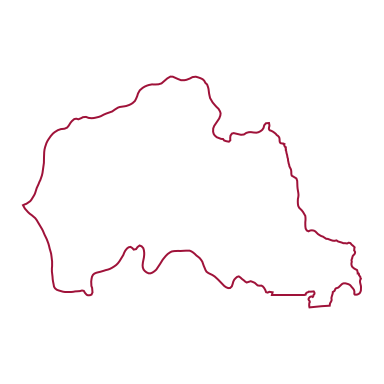 the district of Caapiranga, Amazonas, Brazil
{"feature_id": "56859067B97968343077652", "entity_name": "Caapiranga", "entity_type": "district", "adm_level": 2, "iso_a3": "BRA", "parent_name": "Brazil", "parent_adm1": "Amazonas", "projection": "natural_earth1", "projection_center": [-61.698, -3.056], "detail": "fine", "context": "isolated", "style": "outline", "palette": "rose", "viewbox_px": 384, "rotation_deg": 0, "n_neighbors": 0, "source": "geoboundaries", "source_scale": "gbopen_adm2", "svg_char_len": 5992}
<svg xmlns="http://www.w3.org/2000/svg" viewBox="0 0 384 384"><path d="M309.5,307.4L321.6,306.2L329.7,305.7L330.0,303.5L330.5,302.5L331.1,301.6L331.6,300.2L331.6,299.3L331.4,298.1L331.6,297.1L332.7,293.4L332.8,292.0L333.8,291.4L334.4,291.0L335.0,289.9L335.3,289.0L336.0,288.3L338.0,287.7L338.6,287.3L341.6,284.4L342.4,283.8L343.4,283.4L344.2,283.3L345.3,283.3L347.9,284.0L349.1,284.5L349.8,284.9L350.5,285.5L351.6,286.9L353.1,288.6L354.0,290.0L354.4,291.6L354.3,293.9L354.8,294.6L356.0,294.7L356.9,294.6L357.6,294.4L358.7,293.9L359.5,293.3L360.0,292.7L360.6,291.4L360.9,290.4L361.0,287.1L360.9,285.9L360.1,282.6L360.0,281.2L360.2,280.0L360.9,278.7L360.4,278.0L360.4,277.1L359.7,276.0L359.1,275.4L359.0,274.1L358.5,273.4L357.7,273.5L357.6,272.2L357.1,270.1L356.2,269.6L355.4,269.2L354.3,268.6L352.6,267.2L352.1,266.6L351.7,265.7L351.5,264.9L351.4,263.8L351.5,262.9L351.8,261.8L351.5,260.5L351.7,259.3L352.1,258.6L352.2,257.8L352.8,255.9L353.6,255.0L354.3,254.4L354.9,253.3L355.1,252.1L354.7,251.2L354.1,250.3L354.3,249.4L354.3,248.5L354.6,247.3L353.1,245.8L351.6,244.6L350.4,243.1L348.7,242.7L347.1,243.5L345.2,243.2L343.3,243.2L341.6,242.5L338.1,241.5L336.5,240.4L334.7,240.8L332.9,240.7L331.2,240.2L327.8,238.9L326.2,238.8L322.9,236.6L321.3,236.1L319.7,235.2L318.0,234.1L315.3,231.4L313.8,230.6L311.9,230.3L310.2,230.5L308.5,231.3L306.8,230.5L305.7,228.7L305.4,226.7L305.3,224.7L305.3,222.2L305.5,220.1L305.5,218.0L305.3,215.9L303.1,212.1L301.8,210.4L299.1,207.7L298.2,205.8L297.9,203.8L297.8,201.4L297.9,199.0L298.3,197.0L298.5,195.0L298.3,192.9L297.6,188.6L297.4,186.4L297.2,180.9L296.4,178.5L295.4,177.8L294.4,177.3L293.6,176.7L292.6,176.2L291.8,175.7L291.5,174.9L291.3,173.4L291.3,171.8L291.1,170.1L290.9,169.4L290.6,168.7L289.8,167.2L289.3,166.0L289.2,165.0L288.6,163.2L288.5,162.4L288.1,160.7L287.9,158.6L287.5,157.5L287.1,155.1L286.5,153.0L286.2,151.1L285.8,150.4L286.0,149.5L285.6,148.9L285.9,148.0L285.7,147.1L285.0,146.9L284.6,146.3L284.3,145.1L283.8,144.5L284.3,144.0L283.6,143.6L281.0,143.3L280.4,143.0L279.8,142.0L279.6,140.9L279.6,139.8L279.5,138.7L279.2,137.4L278.6,136.6L277.9,135.8L277.2,135.4L276.5,134.8L276.1,134.2L275.4,133.5L274.6,132.9L273.3,131.9L272.4,131.4L271.7,131.0L271.0,130.7L270.1,130.5L269.2,129.7L268.9,128.8L269.0,127.8L269.1,127.0L269.4,126.1L269.4,125.2L269.0,123.0L265.9,123.3L264.2,125.3L263.6,127.8L262.3,129.8L260.5,131.2L258.5,132.2L256.4,132.7L253.6,132.5L250.8,132.1L248.8,132.2L246.3,132.9L243.9,134.5L241.0,134.8L233.7,133.1L231.9,133.6L230.5,135.6L230.2,137.9L230.3,140.3L228.9,141.7L226.3,141.2L224.2,140.5L223.0,139.0L221.1,138.9L216.7,137.2L214.7,135.4L213.7,133.9L213.1,131.7L213.2,128.5L214.2,125.9L219.2,118.5L220.3,115.6L220.6,113.3L220.0,111.4L218.5,108.8L216.4,106.8L214.7,104.9L212.6,102.4L210.1,98.1L209.5,95.5L209.1,93.6L208.5,88.9L208.0,87.0L207.1,84.5L205.4,82.9L204.2,80.7L202.6,79.2L200.5,78.2L198.2,77.4L195.8,76.7L192.5,77.1L189.9,78.5L186.5,79.8L184.4,80.2L181.0,80.2L177.7,78.9L172.8,76.7L170.4,76.6L167.3,78.4L161.5,83.4L158.5,84.3L155.0,84.5L151.9,84.4L148.9,85.0L147.0,85.6L144.7,86.6L142.6,87.9L139.8,90.3L138.0,93.5L137.2,96.1L136.1,98.7L134.9,101.0L132.6,103.1L130.8,104.2L129.1,105.0L126.2,106.0L124.5,106.3L119.7,107.0L118.0,107.6L115.1,109.4L112.1,111.5L106.4,113.5L103.8,114.6L100.8,116.2L98.8,116.9L95.0,117.8L93.2,118.1L91.5,118.2L88.6,117.9L86.0,116.9L82.9,117.2L81.3,118.1L78.4,119.3L76.2,118.7L74.2,119.1L71.8,121.2L70.5,122.8L68.7,125.7L67.1,127.6L64.6,128.7L62.9,128.9L60.9,129.1L57.8,130.2L54.6,132.2L52.9,133.6L50.8,136.0L48.5,139.3L47.4,141.1L46.4,143.2L45.1,147.1L44.5,149.6L44.2,152.1L44.0,157.3L43.9,162.9L42.5,172.9L41.9,175.5L40.3,180.1L39.4,181.9L38.5,184.2L36.7,188.1L35.3,192.6L34.6,194.4L33.5,196.3L31.4,199.7L30.2,201.2L26.4,203.8L24.7,204.4L23.0,205.2L24.9,208.6L26.5,210.4L28.0,212.1L29.7,213.7L31.8,215.2L35.2,218.1L36.7,220.1L38.1,222.5L42.1,229.2L43.0,231.0L44.6,234.8L45.5,236.6L46.7,239.1L47.4,240.9L48.4,243.6L49.0,245.7L49.7,248.7L50.5,251.4L51.1,253.6L51.5,256.4L52.1,261.5L52.1,266.1L51.9,268.4L51.9,271.5L52.5,276.6L52.7,279.3L53.0,281.3L53.6,284.3L54.0,286.6L55.0,288.3L56.7,289.7L58.5,290.4L63.0,291.7L65.0,292.0L69.2,292.0L71.2,292.0L73.2,291.8L75.2,291.4L77.2,291.3L79.9,291.1L82.0,290.5L83.8,290.9L85.0,292.9L86.7,294.8L88.0,295.3L90.0,295.2L91.5,294.6L92.5,292.4L92.1,287.9L91.4,286.0L91.3,283.8L91.2,281.6L91.5,279.1L92.0,276.7L93.0,274.8L94.4,273.6L96.2,272.8L98.1,272.3L100.3,271.8L104.0,270.7L105.8,270.1L107.9,269.6L109.9,268.9L112.0,267.8L114.1,266.5L116.2,265.0L117.9,263.3L119.5,261.2L123.3,255.0L124.2,252.7L125.3,250.6L127.0,248.5L128.6,247.3L130.5,246.9L132.4,248.1L133.7,249.6L136.1,249.1L137.5,247.1L139.6,245.5L141.6,246.3L143.3,248.2L143.9,250.3L144.2,252.7L144.2,254.8L143.9,257.5L142.9,262.5L142.6,265.3L142.8,267.4L143.6,269.6L144.9,271.1L146.6,272.4L148.6,273.3L150.6,273.3L152.4,272.6L154.5,271.2L156.3,269.6L160.1,263.9L162.7,259.7L163.9,258.2L165.8,255.9L167.7,254.0L170.0,252.4L171.7,251.5L174.1,251.1L178.2,250.9L180.2,251.0L185.4,250.7L189.7,250.7L191.4,251.4L193.1,252.5L194.8,253.9L196.4,255.5L198.0,256.7L199.7,258.1L201.2,260.0L202.3,261.7L203.7,265.7L204.6,267.8L205.5,270.0L206.5,271.7L208.3,273.0L210.3,274.0L212.4,275.0L214.7,276.5L216.8,278.4L218.2,279.7L224.3,286.0L226.2,287.3L228.2,288.1L230.1,288.0L231.8,286.4L232.7,283.8L233.3,281.6L234.3,279.6L235.7,278.1L237.1,276.9L238.8,276.4L240.4,277.5L242.0,279.0L243.9,280.4L245.2,281.6L246.7,282.5L250.7,281.2L252.6,281.9L254.7,282.8L257.6,285.4L259.4,285.7L261.4,285.6L262.8,286.4L264.0,287.8L265.2,289.8L266.1,292.2L267.7,292.6L269.3,291.8L272.6,292.3L271.9,295.0L304.1,295.0L304.8,294.9L305.7,294.6L305.8,293.6L306.8,292.6L308.0,292.2L308.8,291.6L309.5,291.7L311.9,291.6L313.7,291.4L314.4,292.5L314.5,293.5L314.3,294.2L313.5,295.0L313.2,296.4L312.7,297.0L312.0,296.6L311.3,296.4L310.6,296.7L309.9,297.0L309.4,297.5L308.8,298.3L308.5,299.2L308.9,300.3L309.6,301.1L309.8,302.1L309.3,303.0L309.2,304.7L309.2,305.8L309.3,306.7L309.5,307.4Z" fill="none" stroke="#9f1239" stroke-width="2"/></svg>